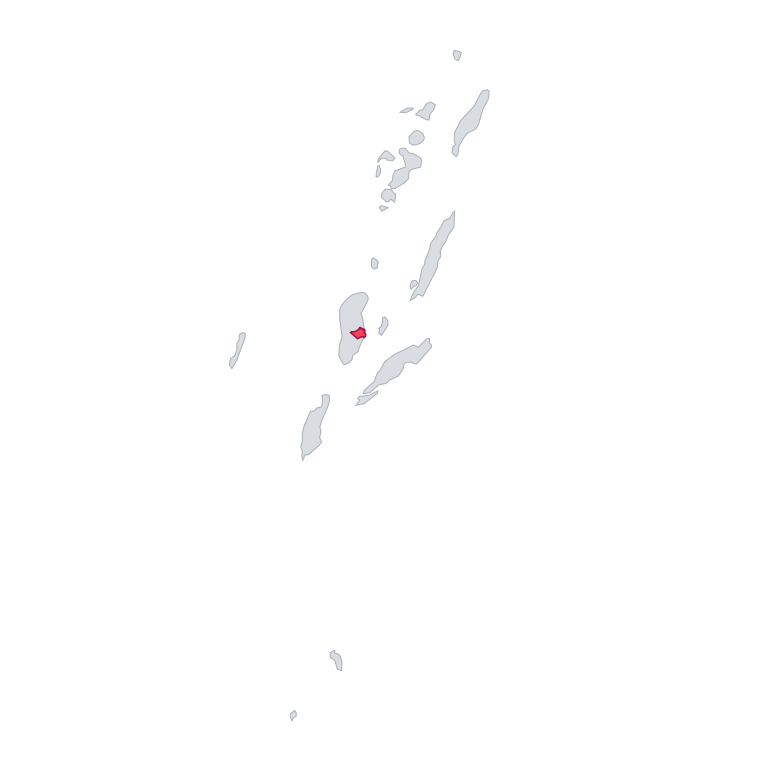 North-East, Guadalcanal, Solomon Islands (highlighted), rotated 81°
{"feature_id": "97153195B83197530845720", "entity_name": "North-East", "entity_type": "district", "adm_level": 2, "iso_a3": "SLB", "parent_name": "Solomon Islands", "parent_adm1": "Guadalcanal", "projection": "orthographic", "projection_center": [160.275, -9.538], "detail": "fine", "context": "in_parent", "style": "filled", "palette": "rose", "viewbox_px": 768, "rotation_deg": 81, "n_neighbors": 0, "source": "geoboundaries", "source_scale": "gbopen_adm2", "svg_char_len": 5333}
<svg xmlns="http://www.w3.org/2000/svg" viewBox="0 0 768 768"><g transform="rotate(81 384 384)"><path d="M298.2,386.4L310.7,395.6L316.1,394.8L332.5,395.0L342.2,401.6L347.9,404.6L351.1,410.5L355.1,411.9L357.5,414.9L358.9,420.4L352.9,423.3L349.2,424.2L339.7,422.2L330.6,418.0L312.5,417.5L304.1,416.3L301.2,414.7L298.5,412.5L294.3,407.4L290.9,401.4L290.4,397.8L290.1,391.1L291.1,388.6L294.6,386.2L298.2,386.4ZM355.0,331.2L369.2,348.4L368.6,351.4L366.7,353.4L366.1,359.1L367.9,361.4L371.7,362.4L378.3,368.5L381.1,378.4L383.8,381.8L383.9,389.0L390.1,399.0L390.6,403.8L390.0,406.0L387.4,404.7L380.0,393.4L371.6,388.5L370.6,386.4L362.0,379.7L356.3,368.6L350.1,348.9L353.0,344.2L346.0,334.6L346.3,332.0L351.4,332.5L352.3,331.3L355.0,331.2ZM303.7,339.8L305.6,345.2L297.9,340.4L292.1,334.5L275.5,328.2L272.0,324.9L269.0,324.5L260.5,319.2L252.1,315.6L245.7,309.1L242.6,307.9L237.4,302.8L232.3,299.5L230.5,293.3L225.5,289.0L224.3,287.2L240.1,290.5L247.4,297.3L253.7,301.1L255.9,303.9L261.5,307.7L266.6,308.0L271.7,311.8L276.3,312.8L279.9,314.8L303.4,331.9L300.6,336.5L303.7,339.8ZM409.6,450.7L416.7,454.2L420.8,453.6L427.0,456.0L431.6,454.7L434.5,457.7L441.8,469.5L441.9,473.3L446.7,476.0L442.6,476.5L436.9,475.1L432.5,476.0L428.0,473.7L420.3,472.5L413.5,469.7L399.5,461.0L399.6,456.7L397.3,454.6L396.7,449.2L391.6,447.5L385.7,447.1L385.3,444.6L386.4,440.1L390.8,440.2L396.0,442.1L409.6,450.7ZM168.8,275.2L170.7,277.2L166.3,280.7L160.4,278.9L159.0,275.9L155.0,276.6L146.9,275.0L135.6,266.9L123.5,251.5L112.0,243.0L109.9,240.4L109.5,236.0L111.1,234.3L118.2,236.0L127.5,243.0L142.6,250.2L146.8,253.9L149.5,262.9L152.0,265.6L160.2,272.4L168.8,275.2ZM184.9,327.6L188.5,332.3L192.7,342.7L192.0,346.3L189.0,346.6L188.2,348.8L184.2,343.8L178.9,342.4L175.0,339.3L173.2,329.3L170.2,328.6L161.5,329.7L158.7,333.0L154.7,332.0L153.9,329.0L154.5,326.1L159.7,323.1L160.8,319.4L166.0,312.9L169.3,311.8L175.5,314.0L176.3,323.2L178.5,326.2L184.9,327.6ZM345.0,531.8L341.1,533.7L337.5,532.7L334.7,531.2L332.5,526.8L327.7,524.1L320.9,522.9L317.4,520.0L312.7,519.2L311.3,516.8L311.7,514.3L312.5,513.0L316.9,514.2L337.8,525.9L345.0,531.8ZM123.6,309.7L122.5,310.5L120.6,307.5L119.2,306.5L119.2,303.0L113.4,297.5L112.9,293.6L116.2,289.7L120.7,291.9L125.1,296.6L130.4,298.2L129.3,301.3L124.7,307.1L123.6,309.7ZM152.3,318.6L150.0,321.0L143.8,320.7L139.0,314.8L139.0,310.4L142.7,306.4L147.2,305.6L149.6,307.2L151.9,310.5L152.8,314.8L152.3,318.6ZM204.7,352.9L199.1,357.5L195.0,356.0L191.7,352.1L193.3,346.1L196.6,344.9L198.4,342.8L204.5,344.4L206.0,345.5L202.4,348.4L204.4,350.7L204.7,352.9ZM658.8,474.7L649.5,475.8L645.8,479.9L641.1,479.4L639.5,475.9L639.5,474.3L642.1,474.6L643.5,471.3L646.3,469.7L652.8,469.0L660.5,471.0L658.7,474.0L658.8,474.7ZM400.3,406.8L400.6,415.1L396.3,410.6L394.3,412.2L392.4,410.0L392.9,400.4L389.9,391.1L392.3,392.0L400.3,406.8ZM163.8,354.9L163.8,355.7L160.7,354.1L153.7,346.4L154.9,343.8L161.2,338.7L163.1,338.0L165.0,341.1L163.4,345.8L161.4,346.9L160.6,351.3L163.8,354.9ZM321.9,370.4L326.8,371.1L335.5,378.8L333.5,381.1L329.4,379.9L328.1,380.4L326.8,377.8L322.3,375.5L318.4,375.3L317.8,372.6L321.9,370.4ZM266.2,377.9L259.6,377.1L257.6,375.1L259.9,372.3L262.9,370.4L265.5,372.1L268.5,372.5L268.8,376.2L266.2,377.9ZM74.8,262.8L69.1,264.2L65.6,262.4L67.1,258.0L69.0,255.7L76.2,259.7L74.8,262.8ZM294.6,342.4L291.9,343.2L287.8,341.1L286.1,339.1L286.9,336.1L289.3,335.0L291.9,337.0L292.2,339.1L294.6,342.4ZM702.4,527.7L697.4,528.6L695.5,528.3L692.3,523.3L694.8,522.2L698.4,522.7L699.4,525.6L702.4,527.7ZM178.4,357.4L178.3,359.4L175.0,358.8L167.7,355.8L167.5,354.4L171.6,353.9L174.6,354.2L178.4,357.4ZM119.4,319.8L118.2,325.5L115.2,318.5L115.8,312.6L116.9,311.9L119.4,319.8ZM213.0,359.4L208.8,361.0L207.4,358.7L210.5,352.5L213.0,359.4Z" fill="#d9dde1" stroke="#a8b0b8" stroke-width="1"/><path d="M334.9,396.4L334.8,396.2L334.7,396.1L334.6,395.9L334.6,395.7L334.4,395.4L334.4,395.2L334.2,395.0L333.9,394.9L333.7,394.8L333.3,394.7L333.2,394.7L332.8,394.6L332.5,394.4L332.4,394.3L332.2,394.3L331.9,394.4L331.7,394.4L331.5,394.5L331.3,394.6L331.2,394.7L331.0,394.8L330.9,394.8L330.7,394.9L330.6,395.0L330.4,395.0L330.2,395.1L329.9,395.2L329.7,395.2L329.4,395.1L329.2,395.1L329.1,394.9L329.0,394.7L328.9,394.6L328.7,394.5L328.4,394.6L328.2,394.6L327.9,394.5L327.7,394.6L327.4,394.6L327.3,394.9L327.4,395.0L327.5,395.0L327.5,395.3L327.4,395.4L327.5,395.5L327.4,395.6L327.3,395.8L327.2,395.8L327.1,396.0L326.8,396.1L326.7,396.2L326.6,396.3L326.5,396.2L326.5,396.3L326.4,396.3L326.4,396.5L326.2,396.7L326.1,396.8L326.0,397.0L325.9,397.2L325.7,397.2L325.7,397.3L325.7,397.5L325.8,397.8L325.7,397.9L325.5,398.0L325.4,397.9L325.3,398.0L325.2,398.1L325.4,398.2L325.5,398.3L325.4,398.4L325.2,398.3L325.1,398.5L324.9,398.5L324.7,398.4L324.7,398.5L324.8,398.6L324.7,398.7L324.5,398.9L324.6,399.0L324.8,399.1L324.7,399.2L324.7,399.3L324.8,399.3L325.0,399.5L325.1,399.4L325.3,399.4L325.4,399.5L325.5,399.6L325.6,399.8L325.6,400.0L325.8,400.1L326.0,400.3L326.0,400.5L326.3,400.9L326.4,401.0L326.5,401.2L326.6,401.3L326.5,401.5L326.7,401.8L327.4,403.2L327.5,404.5L327.6,405.3L327.7,406.7L327.3,407.7L327.5,408.3L328.0,409.0L331.1,406.4L332.6,405.1L333.2,404.6L333.4,404.4L333.7,404.2L335.1,403.0L334.7,401.8L334.3,400.3L333.7,398.6L334.0,397.7L334.1,397.4L334.3,397.1L334.7,396.7L334.8,396.4L334.9,396.4Z" fill="#f43f5e" stroke="#9f1239" stroke-width="1.5"/></g></svg>